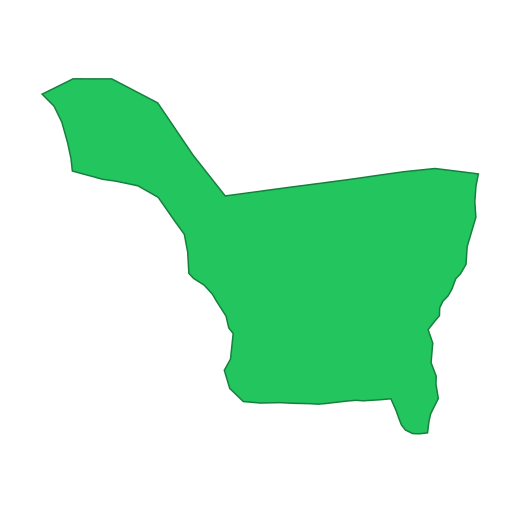 outline of Khartoum, Khartoum, Sudan, rotated 182°
{"feature_id": "16777658B94119143973525", "entity_name": "Khartoum", "entity_type": "district", "adm_level": 2, "iso_a3": "SDN", "parent_name": "Sudan", "parent_adm1": "Khartoum", "projection": "albers", "projection_center": [32.553, 15.552], "detail": "fine", "context": "isolated", "style": "filled", "palette": "green", "viewbox_px": 512, "rotation_deg": 182, "n_neighbors": 0, "source": "geoboundaries", "source_scale": "gbopen_adm2", "svg_char_len": 1139}
<svg xmlns="http://www.w3.org/2000/svg" viewBox="0 0 512 512"><g transform="rotate(182 256 256)"><path d="M78.4,85.2L77.4,96.6L76.0,104.1L72.7,111.5L68.8,119.9L71.7,134.4L71.7,142.2L77.3,155.5L76.3,175.1L78.8,181.6L81.4,188.4L75.2,196.9L70.6,202.7L70.6,210.6L67.6,217.4L62.7,222.8L59.1,229.6L55.6,240.2L50.9,245.5L45.8,255.1L45.3,272.6L41.2,288.5L39.4,295.4L37.6,302.3L39.2,317.7L38.6,333.6L36.6,345.8L53.9,347.4L80.2,349.7L110.5,345.5L131.1,341.9L167.5,335.4L227.6,325.4L288.9,315.0L322.5,354.7L359.6,405.6L406.4,428.0L425.5,427.3L445.0,426.7L475.4,410.3L463.0,398.6L454.7,383.0L448.2,362.5L444.3,346.9L442.5,334.5L412.0,327.3L399.3,326.0L376.4,322.0L355.8,311.2L350.0,303.5L338.4,288.0L328.4,275.2L324.4,257.5L322.5,236.3L317.6,231.4L306.7,225.0L298.2,216.3L294.0,209.6L283.8,194.8L280.7,183.1L276.1,177.8L277.9,152.0L283.7,140.7L277.6,122.7L263.6,110.1L246.5,109.2L227.1,110.3L212.9,110.1L197.3,110.3L188.7,110.1L181.0,111.0L174.0,112.1L159.4,114.3L150.7,115.3L144.0,115.0L127.7,116.6L116.2,118.0L110.7,106.6L107.5,98.6L104.7,92.1L100.6,87.3L93.3,84.0L86.6,84.0L78.4,85.2Z" fill="#22c55e" stroke="#15803d" stroke-width="1.5"/></g></svg>